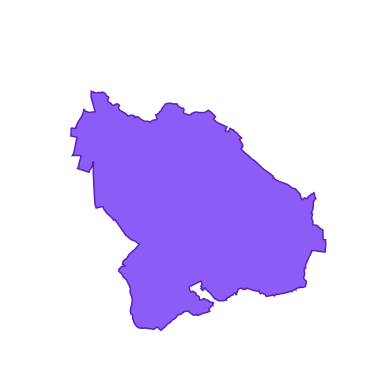 Sebes, Alba, Romania (Albers equal-area conic projection), rotated 334°
{"feature_id": "2599482B78612484376633", "entity_name": "Sebes", "entity_type": "district", "adm_level": 2, "iso_a3": "ROU", "parent_name": "Romania", "parent_adm1": "Alba", "projection": "albers", "projection_center": [23.569, 45.956], "detail": "fine", "context": "isolated", "style": "filled", "palette": "violet", "viewbox_px": 384, "rotation_deg": 334, "n_neighbors": 0, "source": "geoboundaries", "source_scale": "gbopen_adm2", "svg_char_len": 6037}
<svg xmlns="http://www.w3.org/2000/svg" viewBox="0 0 384 384"><g transform="rotate(334 192 192)"><path d="M252.5,326.7L252.5,326.3L254.7,324.0L255.3,322.9L255.5,321.4L254.8,320.4L254.5,319.7L254.6,318.5L255.9,316.7L256.4,316.4L257.8,314.0L258.2,312.6L258.3,311.8L258.8,311.1L259.7,310.1L260.9,310.2L261.8,307.9L262.4,307.4L262.6,306.9L268.2,302.2L272.6,298.8L273.9,297.2L275.1,297.9L275.9,298.0L276.5,298.3L280.1,301.0L285.3,304.3L289.1,298.0L291.2,293.4L289.1,292.4L290.0,289.9L293.0,283.6L291.8,281.9L290.1,278.1L289.8,276.9L286.2,274.5L287.8,271.4L287.8,269.6L288.1,268.1L289.0,266.6L290.4,265.3L290.6,263.3L290.0,263.2L293.7,259.8L296.9,254.0L296.8,253.7L300.2,252.3L299.9,252.1L300.1,251.9L301.3,246.1L299.4,246.4L298.6,246.2L297.5,246.6L295.2,246.9L293.8,247.5L292.8,248.2L292.3,248.3L291.8,248.1L290.9,246.7L290.5,246.6L289.8,246.6L288.0,247.4L287.4,246.3L287.3,245.9L288.2,240.9L287.5,238.9L287.0,236.9L286.5,235.5L286.5,234.9L286.4,234.5L283.4,231.9L282.9,230.5L281.0,226.9L279.8,225.7L278.4,224.1L277.1,223.1L276.9,222.5L275.5,221.4L272.4,217.3L271.8,215.8L271.9,215.4L271.7,214.5L271.5,214.4L271.6,213.7L271.3,214.0L271.4,213.4L270.8,210.8L267.6,205.2L265.8,201.7L265.3,200.0L262.1,191.5L260.1,188.2L258.9,184.5L257.4,181.6L255.5,176.6L255.0,174.6L255.9,174.1L257.2,173.9L257.3,172.3L258.1,172.4L258.3,170.0L257.8,168.1L258.0,165.9L257.8,165.5L260.4,165.3L258.5,160.9L258.3,158.8L256.2,155.0L256.6,154.4L255.4,153.4L254.1,151.4L251.2,153.9L248.7,151.4L251.9,148.9L245.2,140.8L243.3,136.4L243.2,135.9L246.1,134.7L244.5,129.3L242.6,125.7L238.2,126.1L235.2,124.7L231.6,122.6L230.6,121.8L230.1,121.6L226.2,121.2L225.2,121.7L224.7,121.8L223.2,121.7L222.4,121.2L221.1,119.4L220.2,118.8L219.5,118.0L219.3,117.6L219.3,116.8L219.7,115.8L220.9,114.6L221.1,113.6L220.7,112.7L219.7,112.2L218.8,111.2L217.7,109.5L217.2,107.9L217.2,106.3L213.5,104.4L211.2,102.4L210.0,102.3L209.3,101.7L206.8,101.3L203.8,102.9L202.6,103.1L200.5,104.9L199.6,105.4L198.3,105.6L196.8,106.6L195.1,106.8L194.5,107.1L193.4,106.6L193.2,106.7L193.1,108.5L192.6,110.9L191.9,111.5L188.3,110.3L185.3,110.7L184.4,110.3L183.0,108.8L181.1,108.1L180.4,107.6L177.8,104.1L176.7,101.0L175.6,100.5L174.7,99.8L173.3,100.0L173.5,99.7L173.2,99.6L173.5,98.3L171.9,96.7L170.5,96.1L167.7,95.8L166.9,92.7L162.7,86.4L162.7,85.1L163.2,83.6L164.8,82.2L164.0,80.5L162.4,79.5L160.2,80.0L158.4,79.0L157.9,76.5L156.5,74.7L156.3,73.1L157.0,71.8L158.6,70.6L158.6,69.6L157.0,67.8L157.4,66.5L156.8,64.7L155.0,62.7L153.9,63.2L152.0,61.5L150.8,61.6L149.8,61.3L148.1,60.0L147.7,59.2L147.2,59.5L145.7,57.3L143.3,61.5L142.7,63.2L142.3,65.8L140.1,77.4L134.7,75.5L133.5,74.7L131.5,72.1L131.5,71.3L131.0,70.4L128.9,73.1L127.5,74.4L125.7,75.9L119.5,79.7L115.7,83.1L116.2,83.4L115.9,83.9L115.2,83.4L113.7,83.1L112.1,81.8L111.3,81.8L108.7,86.9L107.6,88.4L112.6,92.5L102.7,105.3L100.5,106.8L104.3,108.5L108.1,110.6L106.6,112.8L101.7,118.2L101.6,118.4L101.7,119.3L99.4,120.4L99.7,121.0L107.4,128.5L108.3,129.1L109.2,127.8L110.4,127.0L111.5,126.5L113.3,125.4L115.3,122.8L115.9,121.6L116.7,121.9L115.3,124.4L111.7,131.4L101.5,155.2L101.1,156.8L99.7,159.6L98.8,164.4L105.3,165.9L105.3,169.0L106.1,173.4L108.8,180.4L109.0,181.2L109.2,183.1L110.6,183.1L112.2,192.7L113.5,201.8L114.7,204.1L116.1,207.7L116.9,208.7L119.2,211.0L121.8,215.9L120.9,216.4L119.7,216.7L115.0,218.7L108.6,220.3L105.5,222.1L104.6,223.1L102.2,223.3L100.8,223.6L99.3,224.5L99.0,225.1L97.8,226.2L97.8,226.4L98.6,227.0L99.5,229.1L98.3,228.9L96.7,228.1L95.8,228.3L93.9,229.0L93.0,229.1L91.5,230.7L91.7,231.6L91.9,232.0L92.0,233.0L93.0,234.8L93.1,236.9L93.0,238.8L93.5,239.6L94.3,241.5L94.9,242.5L94.7,242.7L94.5,244.8L94.6,246.2L94.4,246.9L94.7,248.6L94.5,249.8L94.5,250.7L94.3,251.7L94.0,252.3L92.5,254.6L92.1,256.4L92.0,259.4L91.1,262.6L88.8,266.2L85.2,270.6L84.4,272.1L83.6,274.8L84.1,275.5L84.4,276.2L84.5,277.1L84.4,277.6L83.0,280.1L83.2,281.5L82.8,283.0L82.7,284.0L82.9,284.5L82.8,285.4L83.3,288.4L84.2,290.0L84.9,291.0L85.3,291.0L86.2,291.9L87.9,292.7L88.7,293.3L91.1,294.0L92.3,295.3L94.6,296.6L97.6,298.7L97.8,298.5L98.7,298.6L101.5,297.9L102.0,298.9L102.5,300.8L103.4,302.6L104.8,302.4L108.5,301.4L112.0,300.0L113.8,299.9L116.2,299.4L118.3,298.4L120.2,298.4L122.3,298.0L124.5,296.7L125.2,296.5L129.7,296.9L132.3,296.1L134.6,296.6L135.7,297.3L137.0,297.3L137.1,297.5L136.9,299.0L137.2,299.7L138.4,301.5L138.9,302.9L141.0,304.2L142.5,304.1L142.8,304.5L142.7,305.0L143.4,305.7L145.6,305.6L146.3,306.0L147.2,306.0L147.9,305.6L148.5,305.6L150.2,306.3L151.3,306.4L152.3,306.8L155.7,307.0L155.7,304.6L157.5,303.9L158.5,303.3L161.1,303.2L161.2,302.4L161.5,302.2L161.6,301.4L162.7,301.3L162.7,300.7L160.4,299.1L159.2,297.8L159.4,297.2L158.7,295.8L157.5,295.3L156.2,293.0L155.9,292.8L153.0,293.1L151.5,292.5L152.5,289.6L152.2,288.6L150.7,286.4L150.7,285.8L151.1,284.9L151.1,284.2L150.9,284.1L150.3,282.9L149.6,281.9L148.6,281.4L147.0,281.2L146.9,279.0L147.4,277.8L147.8,276.0L149.9,275.7L150.1,276.0L160.1,275.9L161.2,276.0L160.4,279.9L159.3,280.0L159.1,280.7L158.6,280.8L159.0,282.5L157.7,282.8L158.5,285.3L161.5,283.9L162.4,287.3L164.0,290.5L165.8,298.4L166.1,298.3L166.1,298.0L166.7,298.2L166.9,299.2L167.4,300.3L168.3,301.3L171.5,303.1L175.6,304.2L175.6,303.4L177.1,302.9L177.4,302.4L178.3,302.4L179.1,302.9L181.3,302.2L184.1,302.4L184.6,301.9L185.7,301.3L186.3,301.4L186.7,302.0L186.5,302.9L186.6,303.6L187.5,303.3L188.1,302.1L189.2,301.6L191.0,299.6L193.3,299.8L194.2,300.3L195.1,301.0L195.1,301.8L195.6,302.3L197.2,302.5L197.9,302.8L197.9,302.3L198.6,302.2L200.1,303.3L201.1,304.4L201.9,304.8L202.7,306.1L205.0,308.2L208.0,310.1L208.7,310.0L208.5,311.8L209.0,313.5L210.4,313.6L212.7,315.9L212.8,317.6L213.0,318.4L220.0,320.3L220.5,321.6L221.5,321.0L221.9,321.1L222.3,320.7L222.5,320.9L222.9,320.7L223.0,321.1L225.2,322.1L227.3,322.2L228.9,323.1L230.4,323.1L231.9,323.9L233.5,323.6L234.3,324.3L237.3,324.3L237.8,325.3L240.7,324.7L241.7,324.7L242.3,324.9L242.5,325.5L243.2,324.3L245.5,324.8L247.6,324.7L247.6,324.9L247.3,324.9L247.3,325.3L248.0,325.4L249.9,326.4L252.5,326.7Z" fill="#8b5cf6" stroke="#5b21b6" stroke-width="1.5"/></g></svg>